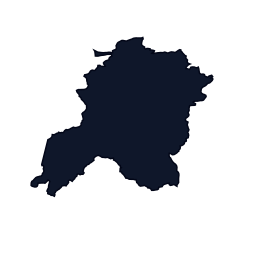 Saboeiro, Ceará, Brazil, rotated 204°
{"feature_id": "56859067B30594238017087", "entity_name": "Saboeiro", "entity_type": "district", "adm_level": 2, "iso_a3": "BRA", "parent_name": "Brazil", "parent_adm1": "Ceará", "projection": "mercator", "projection_center": [-39.88, -6.458], "detail": "fine", "context": "isolated", "style": "filled", "palette": "ink", "viewbox_px": 256, "rotation_deg": 204, "n_neighbors": 0, "source": "geoboundaries", "source_scale": "gbopen_adm2", "svg_char_len": 5604}
<svg xmlns="http://www.w3.org/2000/svg" viewBox="0 0 256 256"><g transform="rotate(204 128 128)"><path d="M167.5,35.7L167.6,37.2L168.6,38.3L168.2,39.5L168.2,40.9L167.3,42.3L166.7,43.4L166.0,44.2L165.6,45.3L165.0,46.6L164.7,48.3L162.8,49.6L161.0,50.0L160.9,51.2L160.5,52.2L160.1,54.0L161.0,55.4L160.0,57.0L158.6,56.8L157.3,56.6L156.9,58.3L156.1,60.0L156.2,61.4L155.2,63.2L155.6,65.1L154.3,66.0L152.8,65.8L151.8,66.8L150.3,67.4L149.9,69.1L151.5,70.1L151.7,71.7L152.0,73.0L151.4,75.5L150.7,76.4L150.5,77.8L149.1,78.9L148.6,80.4L147.7,81.5L146.9,83.0L146.0,84.7L146.9,85.8L146.8,87.4L145.9,89.0L145.2,90.0L143.8,91.0L141.7,91.0L139.8,90.7L138.2,91.3L136.5,91.8L134.8,92.9L133.1,92.9L131.3,92.9L130.2,93.9L129.0,94.5L128.2,92.9L126.4,92.9L125.2,92.5L123.7,92.1L122.3,91.2L121.3,90.6L119.8,90.6L119.3,89.4L118.0,89.0L118.7,87.9L117.6,84.9L115.8,85.1L114.9,84.1L113.9,83.9L112.3,83.2L110.5,82.0L109.5,81.3L108.3,81.8L107.2,81.8L106.1,81.7L105.1,82.1L103.8,82.6L102.3,83.3L100.7,83.5L99.7,84.1L98.7,82.9L97.8,81.7L96.6,81.5L95.3,80.6L94.2,80.0L93.0,80.0L92.0,80.6L90.6,81.5L89.6,82.3L87.8,82.1L86.4,82.0L85.2,81.3L84.6,82.3L83.5,81.8L82.3,81.6L81.1,80.7L79.3,81.5L77.4,82.8L76.1,83.6L75.4,84.7L75.9,86.3L73.0,88.3L72.9,89.3L72.6,90.6L71.5,91.7L70.4,92.7L69.4,93.5L67.8,94.4L67.3,93.1L66.0,92.8L64.6,93.7L63.6,94.8L62.4,95.1L60.9,94.8L59.6,94.7L60.1,95.9L59.8,97.3L59.6,98.8L60.6,100.9L61.3,102.5L61.8,103.9L62.2,105.3L62.9,106.8L64.1,108.0L65.2,108.3L66.1,108.8L66.6,110.0L67.3,112.0L68.3,113.3L69.8,114.2L71.7,114.6L73.4,115.3L74.9,116.2L75.9,117.0L76.9,117.9L78.2,118.2L79.5,119.8L80.0,121.7L78.1,122.0L76.7,121.6L75.2,122.4L74.2,123.7L73.2,125.3L72.9,126.4L72.2,127.4L72.6,128.4L72.0,130.1L72.3,131.4L73.1,132.8L71.8,133.8L70.8,135.1L70.2,136.6L70.7,138.3L69.5,139.5L69.8,140.7L70.6,141.5L70.1,142.6L69.1,143.6L69.4,144.7L69.6,146.0L70.6,147.4L72.0,148.5L71.5,150.0L71.7,151.3L72.8,152.2L74.0,153.7L75.2,154.8L75.6,157.8L78.1,158.0L79.0,158.9L79.0,160.8L78.1,162.1L77.5,163.9L77.8,165.0L79.4,166.4L79.3,168.8L80.3,170.8L80.5,171.9L80.8,173.5L79.3,174.4L77.8,175.2L76.7,175.7L75.8,176.4L76.2,177.6L77.8,177.8L79.1,178.2L78.6,179.2L76.9,180.2L75.3,180.9L73.0,182.5L71.5,183.2L70.4,184.2L69.4,188.4L70.2,189.5L72.3,189.6L73.4,189.4L74.5,189.6L76.0,190.3L76.6,192.2L77.0,193.7L76.5,195.5L74.3,198.4L73.6,200.4L72.9,201.6L71.8,202.4L70.8,204.6L70.4,205.8L70.4,207.3L71.4,207.7L72.5,207.4L71.5,209.3L73.0,210.2L75.1,208.4L75.9,206.7L79.1,206.7L79.9,207.9L81.3,207.8L83.1,206.8L84.8,207.0L86.0,208.6L87.5,211.0L88.6,212.2L89.5,211.0L90.9,210.7L92.4,210.6L94.1,209.9L95.3,209.1L95.4,207.5L95.8,206.4L97.6,206.3L99.2,205.8L99.6,207.1L99.3,208.1L99.0,209.3L98.3,210.6L97.3,211.7L98.8,211.6L100.3,211.9L101.0,212.9L101.3,214.3L102.4,214.8L103.6,215.1L103.9,216.3L104.2,217.4L105.5,217.4L107.3,218.2L108.4,218.6L109.6,219.4L110.8,219.7L111.5,220.8L112.6,220.6L113.6,219.3L114.3,218.1L114.9,217.0L116.0,216.0L117.3,215.8L119.2,215.2L120.2,214.5L121.1,213.6L122.0,212.6L123.5,212.5L125.3,212.3L126.8,211.0L128.9,210.2L130.1,209.5L131.0,209.0L131.9,208.5L132.8,207.9L134.1,207.1L135.1,206.4L136.6,205.9L136.3,207.0L135.3,208.0L135.3,209.3L136.5,209.2L138.2,208.8L139.4,208.1L140.0,209.3L141.6,208.9L143.0,208.4L144.0,207.3L145.2,207.4L145.8,208.7L148.5,209.0L149.5,209.7L150.2,211.2L150.5,212.8L150.8,214.0L150.4,215.5L151.3,216.7L152.3,215.7L154.3,214.8L155.9,214.1L157.1,213.6L158.1,213.1L159.7,212.0L160.3,211.1L161.4,210.1L163.6,208.0L164.6,206.9L166.0,206.4L168.3,205.9L169.4,205.3L170.7,203.5L171.7,202.4L172.2,201.1L172.3,198.2L171.4,197.0L170.9,195.6L171.5,194.4L172.6,193.4L173.5,192.3L172.7,190.5L173.8,190.1L175.1,189.9L176.7,189.2L177.7,188.5L178.8,188.0L179.9,187.4L181.2,186.7L182.9,186.1L186.5,185.0L190.4,185.2L189.3,184.4L188.8,183.4L188.2,182.5L187.7,181.6L187.1,180.5L185.5,181.1L184.2,181.8L183.4,182.5L181.6,183.7L179.8,184.7L178.2,185.8L177.3,186.6L176.2,187.2L174.8,187.8L173.3,188.7L172.0,187.1L173.2,185.6L173.7,184.0L172.9,182.8L175.7,180.2L176.5,178.8L176.9,177.6L176.3,176.6L175.1,176.3L174.0,175.2L176.1,174.0L177.8,173.4L179.2,173.8L180.9,172.9L180.4,171.3L181.2,168.8L181.5,167.3L182.4,166.7L184.3,166.3L185.4,164.9L185.7,162.9L186.0,161.7L186.8,160.8L188.0,159.8L189.2,159.0L189.2,157.4L188.0,157.2L186.7,156.9L185.6,155.9L184.7,154.2L183.4,152.8L183.0,151.7L181.9,151.5L181.4,150.3L181.4,148.4L182.3,146.5L183.7,145.4L185.9,144.3L188.0,143.3L189.1,142.8L190.3,141.4L189.3,140.2L187.7,139.4L186.7,139.0L185.8,138.1L185.4,137.0L184.2,136.9L183.1,136.3L182.1,135.2L180.8,134.8L179.4,134.3L178.1,133.6L176.8,132.6L175.7,132.4L174.9,131.6L174.5,130.6L173.9,129.4L173.6,128.3L173.9,127.0L174.3,125.4L175.4,123.8L175.8,122.1L174.7,121.0L172.8,118.5L172.2,117.1L172.8,116.1L172.4,114.6L172.8,113.3L171.9,111.4L172.6,110.0L173.3,109.1L174.4,108.2L175.5,107.3L176.7,106.7L178.3,106.5L179.3,105.2L180.2,104.1L181.0,102.9L182.6,101.7L183.9,101.4L184.8,99.8L185.0,98.3L185.4,97.3L186.8,96.9L188.0,96.0L189.7,95.9L190.0,94.6L191.1,94.0L191.6,93.1L192.8,91.7L194.5,91.2L193.9,89.3L194.4,87.4L195.3,86.0L196.4,84.8L192.0,59.7L191.3,58.7L190.0,59.3L188.9,57.8L188.9,56.6L188.1,55.4L187.3,54.7L187.2,53.3L187.6,51.5L187.3,50.1L187.7,48.9L189.0,48.0L190.1,47.0L191.1,46.3L192.0,45.2L192.8,43.0L193.3,41.3L194.1,40.2L194.1,38.8L193.7,37.5L193.1,36.1L191.9,35.8L189.2,36.2L188.0,36.8L187.3,37.8L187.3,39.0L187.7,41.1L186.7,41.5L185.2,42.3L182.5,43.6L181.4,43.8L180.8,45.1L180.4,46.1L179.9,47.9L177.7,47.5L177.5,46.0L177.3,44.4L177.0,42.8L176.3,41.1L176.5,39.2L176.4,37.4L175.1,36.9L174.6,35.4L173.5,35.4L172.2,35.6L170.8,35.2L169.8,35.8L167.5,35.7Z" fill="#0f172a" stroke="#020617" stroke-width="1.5"/></g></svg>